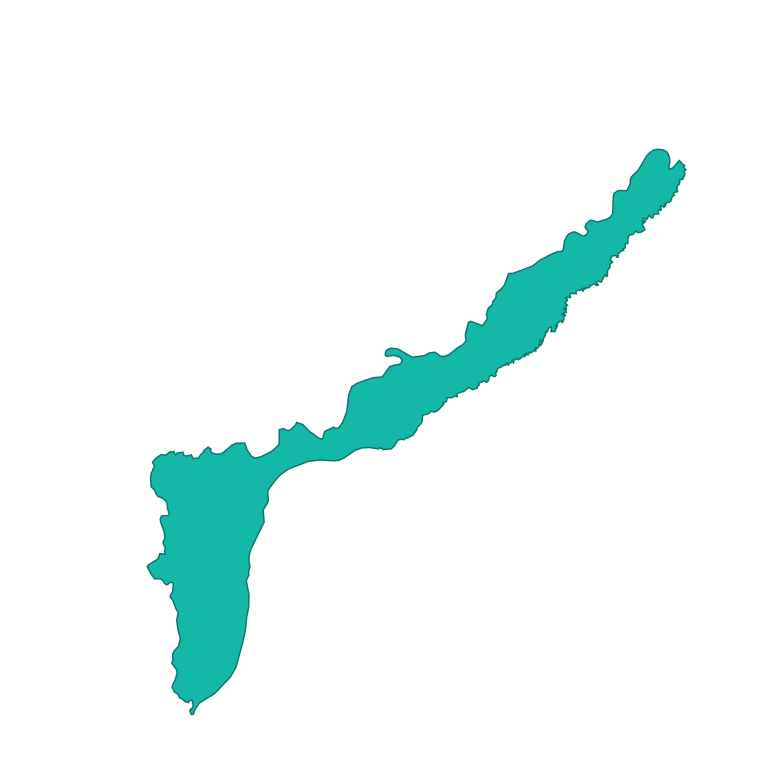 the district of Las Golondrinas, Esmeraldas, Ecuador, rotated 136°
{"feature_id": "8360857B1829680752404", "entity_name": "Las Golondrinas", "entity_type": "district", "adm_level": 2, "iso_a3": "ECU", "parent_name": "Ecuador", "parent_adm1": "Esmeraldas", "projection": "albers", "projection_center": [-79.126, 0.309], "detail": "fine", "context": "isolated", "style": "filled", "palette": "teal", "viewbox_px": 768, "rotation_deg": 136, "n_neighbors": 0, "source": "geoboundaries", "source_scale": "gbopen_adm2", "svg_char_len": 6097}
<svg xmlns="http://www.w3.org/2000/svg" viewBox="0 0 768 768"><g transform="rotate(136 384 384)"><path d="M613.0,481.8L616.5,479.2L622.9,471.9L622.7,466.8L624.2,463.8L624.7,460.3L622.5,455.5L622.2,451.2L623.0,448.8L626.2,444.8L628.8,439.6L630.8,439.2L635.1,443.4L636.5,443.4L638.9,442.1L640.7,439.7L645.0,429.9L648.7,425.2L651.6,424.3L653.7,422.8L655.2,417.8L658.1,416.2L659.5,413.5L663.1,417.7L668.1,415.1L678.9,417.5L681.2,417.1L683.7,408.6L684.3,403.1L680.1,399.4L679.5,395.8L680.4,393.1L680.0,390.9L679.0,390.0L675.7,389.9L674.2,388.3L674.1,386.9L680.4,381.3L684.5,380.3L685.7,379.4L686.3,374.7L689.7,367.0L690.8,362.4L697.0,358.3L702.3,351.1L707.3,342.5L713.9,338.1L719.8,337.8L723.5,336.6L727.8,332.0L730.6,330.6L731.7,322.6L733.1,320.2L739.4,316.3L743.9,314.9L747.0,313.1L748.7,307.9L747.6,304.2L749.0,300.2L747.8,297.2L747.7,293.6L746.0,290.7L745.0,291.3L742.9,291.0L741.7,289.4L744.7,285.2L747.1,284.0L749.5,284.4L750.8,283.7L752.2,280.2L750.7,278.9L745.4,281.3L738.8,282.8L720.8,279.0L698.1,279.9L687.3,283.1L666.0,295.7L655.1,302.9L644.3,312.0L636.0,317.8L627.6,326.2L619.6,338.3L613.8,340.5L612.4,342.6L607.1,345.9L604.0,350.6L600.0,354.4L594.1,357.9L566.2,367.9L558.6,377.2L549.4,379.7L547.1,381.7L542.9,386.9L540.7,388.3L527.8,390.4L521.1,390.7L511.2,389.0L492.0,380.9L482.8,373.8L473.1,363.3L469.4,360.4L464.1,358.5L450.7,356.4L444.1,353.2L438.7,348.6L432.9,340.9L431.4,341.5L430.0,337.4L423.7,332.3L418.7,332.4L413.1,334.0L410.0,332.4L408.3,330.0L406.4,330.2L404.0,328.7L398.5,327.1L391.7,328.4L390.8,329.7L383.9,329.8L378.1,334.4L376.4,334.0L374.3,332.3L371.0,331.5L368.8,331.7L367.5,328.8L363.5,327.6L354.9,327.9L354.9,329.2L354.2,329.5L351.3,328.0L347.9,330.4L345.5,327.6L340.9,325.6L340.4,324.1L339.5,324.4L338.9,326.0L337.6,326.2L331.4,323.1L325.4,322.7L324.3,318.5L319.9,316.3L318.2,317.4L316.5,317.1L314.9,318.8L312.0,317.2L310.2,317.1L309.0,313.9L306.1,313.9L303.4,316.2L300.4,315.8L299.8,313.0L298.7,312.2L297.3,312.4L295.8,314.7L294.1,314.4L293.4,315.7L290.3,315.9L286.5,314.4L285.2,314.9L283.5,312.9L281.3,313.6L281.3,311.2L279.3,312.2L278.0,311.0L275.6,312.0L276.1,309.3L273.8,311.2L273.0,310.4L270.8,310.2L270.4,308.1L266.5,307.3L264.9,307.8L263.8,306.1L262.4,307.8L261.9,307.5L262.5,306.3L262.1,306.0L260.2,307.2L260.1,304.9L257.2,305.7L256.3,304.1L252.4,303.7L252.0,302.4L250.3,304.9L249.4,304.4L249.7,303.1L246.8,303.3L244.4,304.7L244.6,303.1L243.7,303.0L240.8,304.1L242.5,305.4L242.2,307.0L240.6,306.8L239.8,304.5L237.2,306.1L233.6,307.1L231.6,309.4L230.6,308.0L226.8,309.8L224.2,309.0L225.2,307.3L227.6,305.8L224.6,303.0L218.7,305.6L220.3,306.4L218.8,307.2L214.4,306.9L212.4,305.8L213.2,304.4L212.7,304.2L209.4,305.9L207.8,307.9L205.8,307.3L205.6,308.0L207.3,309.7L207.4,310.8L205.8,309.4L204.8,310.3L203.2,308.8L202.6,310.3L201.0,311.3L202.7,312.2L202.3,313.5L200.0,312.3L198.7,313.7L197.3,313.1L197.5,316.2L193.7,316.9L193.2,317.9L193.9,319.1L192.8,319.7L191.8,319.2L190.2,316.8L189.3,317.2L188.6,319.2L186.6,319.5L183.0,315.3L182.3,316.9L181.3,317.3L178.8,316.7L177.8,314.9L175.8,315.3L176.2,312.7L173.5,314.2L173.4,312.4L171.2,312.9L170.9,311.9L169.3,310.9L167.5,312.2L167.2,311.1L163.3,310.2L162.7,307.2L161.7,306.3L160.9,306.7L160.9,309.5L160.3,309.9L157.9,308.7L157.0,306.4L149.3,309.1L149.3,306.7L148.3,306.5L144.2,310.4L140.5,310.9L138.0,313.2L134.9,312.9L135.1,315.8L132.2,317.5L130.7,317.5L127.7,315.1L127.5,314.6L128.6,313.7L127.4,312.6L124.9,315.3L123.1,314.7L121.0,314.9L118.6,313.7L117.9,315.4L116.6,314.4L115.7,314.6L113.0,317.3L111.4,315.9L110.6,315.9L107.9,318.9L104.9,320.5L103.5,320.4L101.0,318.7L96.5,319.0L96.2,316.4L93.3,314.6L89.8,313.7L88.8,314.5L87.3,319.5L84.1,319.1L82.7,319.6L83.0,320.8L85.7,321.2L82.6,323.3L81.8,322.9L80.8,319.9L76.2,321.2L76.2,317.9L75.3,316.9L71.7,318.5L68.0,315.5L67.1,317.9L66.2,318.4L64.2,317.7L64.6,316.8L63.8,316.5L61.2,320.7L61.5,319.1L60.0,318.4L59.9,316.7L58.0,316.4L57.2,318.4L56.5,317.4L54.5,318.5L52.9,316.7L50.6,316.4L46.1,318.6L43.8,318.0L43.8,319.6L42.5,320.5L39.3,318.4L38.5,319.1L38.7,321.2L36.9,321.1L36.9,322.6L32.4,322.7L29.2,325.6L26.9,323.7L22.6,325.5L21.2,326.6L20.2,328.7L18.0,328.4L17.9,331.8L15.8,332.4L16.5,334.4L16.3,339.6L26.1,338.8L29.2,340.0L28.5,342.2L24.0,345.2L21.6,348.2L19.8,352.0L19.5,354.8L20.4,358.1L23.3,362.1L27.6,365.0L32.6,365.8L37.3,365.5L52.2,361.2L62.0,361.1L63.7,360.6L67.7,357.1L74.4,354.5L75.5,354.8L81.0,360.4L86.0,361.3L89.2,359.2L100.8,348.0L101.8,347.3L105.3,346.9L109.4,347.8L118.1,352.4L120.8,357.5L122.4,358.6L126.6,358.7L129.9,357.5L130.8,356.4L130.9,352.3L134.0,350.8L137.8,351.4L140.8,360.3L142.6,362.1L146.9,363.6L149.3,363.4L154.7,361.6L161.2,356.5L163.5,355.8L168.2,359.1L174.2,361.4L185.9,364.7L195.1,365.6L214.6,374.1L217.1,376.6L218.0,376.7L228.5,371.6L232.9,371.0L240.1,371.3L243.5,368.3L248.4,367.7L251.5,365.7L256.3,366.2L262.1,362.8L264.1,359.1L272.7,357.5L278.1,368.9L280.5,369.6L289.9,363.9L292.2,362.0L294.2,358.5L295.9,357.8L299.9,357.6L306.6,359.0L316.8,359.9L322.1,362.2L324.4,365.6L324.6,368.6L325.4,371.5L326.3,372.3L329.8,374.9L335.3,376.3L345.1,383.7L349.8,399.8L354.1,404.9L357.4,406.4L359.8,406.2L362.0,405.0L363.1,403.8L363.1,402.3L357.0,397.7L354.2,392.7L353.8,391.1L354.4,389.4L355.1,388.1L357.2,387.2L359.3,387.4L363.8,390.6L367.9,392.5L380.4,390.3L386.8,395.6L394.8,399.7L403.7,403.4L408.9,404.4L416.5,400.9L430.0,390.0L440.1,385.3L447.3,383.9L449.5,385.5L450.1,386.4L449.8,387.6L450.7,388.1L458.9,390.9L460.1,390.9L465.9,387.3L467.1,387.8L468.4,390.1L470.6,402.4L470.6,411.3L473.5,417.0L476.6,415.9L483.4,416.1L485.0,416.8L486.2,418.3L487.2,421.5L490.9,424.0L500.8,414.0L502.5,413.4L508.6,413.3L512.9,413.9L522.9,417.1L528.2,420.1L529.7,424.4L528.1,432.2L525.2,438.3L531.1,443.8L535.6,445.6L547.1,446.3L550.2,447.2L553.8,450.4L555.7,454.3L555.4,456.3L553.7,457.5L554.4,460.8L559.9,461.2L562.4,460.2L565.2,460.5L568.8,459.5L571.0,461.1L573.1,463.3L571.8,466.9L575.8,469.1L577.3,471.1L577.3,472.2L575.9,474.4L580.7,478.0L583.4,477.7L582.0,481.4L583.5,482.1L584.7,483.8L590.5,484.5L593.4,488.0L599.7,489.1L604.9,488.5L606.3,484.2L609.5,483.2L611.2,482.0L613.0,481.8Z" fill="#14b8a6" stroke="#0f766e" stroke-width="1.5"/></g></svg>